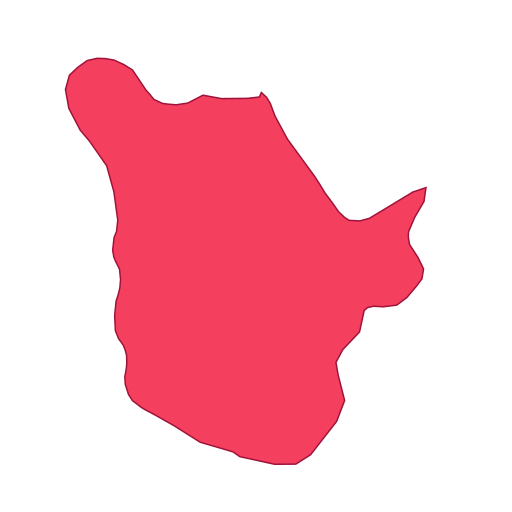 San Miguel Sigüila, Quezaltenango, Guatemala, rotated 265°
{"feature_id": "79465075B47659250151681", "entity_name": "San Miguel Sigüila", "entity_type": "district", "adm_level": 2, "iso_a3": "GTM", "parent_name": "Guatemala", "parent_adm1": "Quezaltenango", "projection": "mercator", "projection_center": [-91.6, 14.9], "detail": "fine", "context": "isolated", "style": "filled", "palette": "rose", "viewbox_px": 512, "rotation_deg": 265, "n_neighbors": 0, "source": "geoboundaries", "source_scale": "gbopen_adm2", "svg_char_len": 1322}
<svg xmlns="http://www.w3.org/2000/svg" viewBox="0 0 512 512"><g transform="rotate(265 256 256)"><path d="M115.3,128.4L112.7,131.9L106.8,141.0L94.1,159.5L75.3,184.2L62.9,216.0L57.5,222.4L46.9,256.4L45.2,277.5L53.3,293.1L84.2,321.9L104.3,331.7L130.8,327.4L143.1,326.4L155.2,334.3L171.3,352.5L192.2,359.0L194.9,362.6L195.7,368.8L194.3,378.3L194.8,391.9L201.5,402.7L212.4,413.6L218.8,419.3L228.5,421.8L240.3,417.3L254.0,410.0L261.1,409.4L266.7,410.0L280.4,417.3L295.7,428.1L309.3,431.3L306.1,417.9L283.7,372.3L281.9,362.6L283.4,351.8L286.7,347.6L292.8,342.2L303.5,336.0L312.6,330.3L321.8,325.8L330.3,321.3L369.5,297.6L393.8,287.1L406.9,283.5L413.2,280.3L418.4,275.6L414.1,273.2L413.8,261.0L415.8,235.4L420.8,217.2L414.3,201.3L413.6,189.8L414.9,181.8L416.2,176.0L420.9,167.9L426.0,164.5L430.8,160.9L452.0,149.2L457.9,141.5L463.6,131.6L465.8,123.1L466.8,115.0L465.4,104.8L459.4,94.8L452.4,85.9L438.5,80.7L419.4,82.4L396.6,91.9L385.0,100.1L358.9,115.1L332.5,120.0L303.6,121.4L292.6,119.2L286.7,116.2L274.1,113.7L267.3,114.3L262.9,115.7L254.8,118.9L244.2,119.0L236.2,117.6L229.4,115.3L223.3,112.7L209.0,110.0L193.8,109.4L185.6,111.9L178.9,115.9L173.8,117.5L168.1,118.4L161.3,118.0L156.7,117.3L152.1,116.2L147.2,114.8L139.6,114.6L129.2,116.9L122.7,120.3L115.3,128.4Z" fill="#f43f5e" stroke="#9f1239" stroke-width="1.5"/></g></svg>